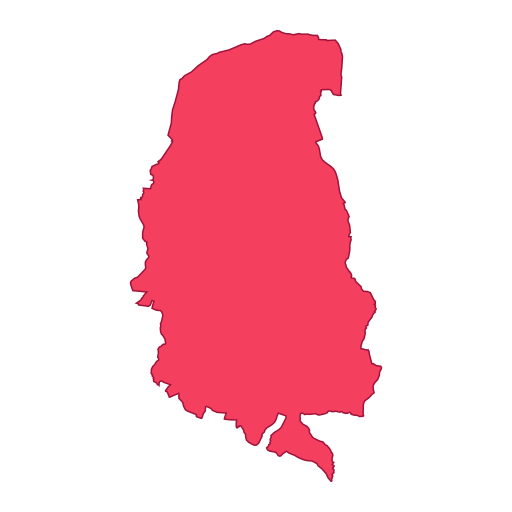 Cizer, Salaj, Romania
{"feature_id": "2599482B34424021815229", "entity_name": "Cizer", "entity_type": "district", "adm_level": 2, "iso_a3": "ROU", "parent_name": "Romania", "parent_adm1": "Salaj", "projection": "albers", "projection_center": [22.865, 47.034], "detail": "fine", "context": "isolated", "style": "filled", "palette": "rose", "viewbox_px": 512, "rotation_deg": 0, "n_neighbors": 0, "source": "geoboundaries", "source_scale": "gbopen_adm2", "svg_char_len": 6064}
<svg xmlns="http://www.w3.org/2000/svg" viewBox="0 0 512 512"><path d="M333.7,462.4L332.7,462.2L332.0,460.1L332.1,458.2L332.9,455.3L332.3,453.2L331.3,452.3L330.3,449.6L328.6,447.5L327.0,445.6L325.2,444.7L323.0,442.0L319.5,441.0L313.7,438.2L312.3,436.9L309.5,432.5L309.3,431.6L309.6,430.4L308.6,428.2L307.1,426.5L302.9,424.2L300.0,420.8L300.3,419.3L300.0,416.0L300.8,413.2L302.8,413.3L304.9,414.6L307.2,414.0L309.0,414.4L315.7,413.7L317.7,414.8L319.4,415.0L325.4,413.6L327.1,412.8L328.1,411.3L329.6,410.9L332.3,411.7L335.9,411.2L339.9,412.2L341.7,411.5L343.0,412.7L345.3,413.3L347.3,413.2L349.5,412.4L350.3,412.6L351.1,414.1L351.9,414.5L354.8,415.3L356.1,415.1L357.7,415.5L359.3,416.5L363.0,416.3L363.6,415.6L363.3,415.0L363.1,412.4L363.4,404.5L364.2,401.7L365.0,400.7L369.1,397.6L372.1,394.3L374.1,392.8L373.2,388.8L373.1,385.6L374.8,382.7L377.5,379.7L378.2,378.3L379.4,375.2L379.6,372.1L381.2,369.0L381.5,367.6L380.8,366.3L376.2,365.6L373.2,363.6L371.9,363.9L369.5,354.8L369.0,351.5L368.1,349.8L367.2,350.1L360.9,348.5L361.0,346.1L362.2,341.5L363.9,339.0L364.6,336.5L365.3,332.6L365.0,331.8L365.2,329.3L366.5,328.0L366.0,327.2L365.9,326.1L367.8,325.3L368.0,323.1L368.4,321.8L371.7,317.5L373.1,314.1L375.2,312.0L374.5,311.5L376.0,309.4L376.1,308.5L375.0,307.2L375.5,305.7L374.3,304.3L375.3,303.9L375.3,301.4L373.7,299.6L370.3,292.6L366.9,291.4L363.4,291.3L361.4,288.6L361.1,286.7L355.6,281.3L355.1,279.1L354.2,278.3L351.8,278.1L351.0,277.3L351.6,276.2L351.6,275.1L351.1,273.8L350.1,272.0L349.1,271.6L348.9,270.8L346.2,266.9L346.0,265.2L345.4,263.9L345.3,261.7L346.5,259.3L348.3,258.0L349.6,251.5L349.9,248.8L349.8,245.5L350.2,242.7L351.1,239.8L350.8,237.7L351.1,236.7L348.7,236.6L348.6,236.1L349.2,234.5L350.4,232.6L349.7,225.5L348.1,221.4L348.0,219.3L349.1,216.5L346.5,210.5L345.0,209.2L344.1,204.9L343.3,203.4L345.2,202.6L344.8,201.7L341.7,198.1L341.0,196.2L339.4,190.4L337.8,179.8L335.8,173.1L334.0,169.4L330.8,166.4L325.3,162.5L322.2,159.7L320.6,156.4L319.4,149.2L318.4,146.0L315.6,142.3L315.8,141.8L322.4,139.2L322.0,136.9L314.1,114.3L315.5,113.4L315.8,112.7L315.2,111.4L314.0,110.1L313.8,108.1L313.8,105.5L314.2,105.2L314.6,103.8L315.1,103.5L315.5,101.8L316.3,101.7L318.6,99.7L319.3,98.5L319.5,96.5L320.9,95.6L320.6,92.2L321.2,91.8L321.4,91.2L320.9,90.4L321.7,89.7L329.3,89.5L331.4,90.5L331.5,91.4L333.5,94.5L339.1,95.5L341.1,95.2L340.5,93.5L341.7,77.1L340.9,74.6L341.8,67.6L342.5,56.5L341.8,53.2L340.9,51.6L340.9,49.5L338.1,43.4L335.2,40.1L326.6,40.5L326.5,39.9L325.9,39.8L319.6,39.6L318.6,39.4L318.6,37.7L317.4,35.4L313.6,35.4L309.7,34.8L308.1,34.1L302.0,34.2L298.7,33.6L293.3,34.8L288.9,33.7L287.7,33.9L284.3,33.3L280.7,31.9L279.7,31.0L276.9,30.7L273.2,32.0L269.7,35.4L266.9,36.4L264.2,38.4L255.5,41.3L250.0,44.2L246.3,44.3L244.9,43.7L241.0,44.8L229.0,49.9L218.9,52.4L217.4,53.4L212.6,54.5L210.8,55.6L208.6,57.5L207.4,59.3L198.2,65.7L191.4,72.0L185.1,75.4L183.6,76.6L182.1,78.5L180.0,79.6L179.2,82.0L178.4,89.7L175.2,101.6L172.5,109.9L171.7,116.4L171.3,123.2L168.0,135.2L172.5,139.9L171.5,141.0L172.6,141.7L170.4,145.6L162.0,158.1L160.6,160.0L160.3,159.9L160.0,160.5L159.2,160.7L158.0,161.8L159.0,162.6L158.1,164.2L156.7,164.2L152.0,166.5L151.0,169.6L150.2,170.2L150.7,174.3L153.0,175.4L153.4,176.7L153.1,179.9L151.7,180.2L153.3,180.7L153.8,181.3L153.6,183.4L151.8,184.5L151.2,185.6L150.6,188.7L143.3,188.3L143.7,189.2L143.2,191.4L143.7,191.9L143.7,193.3L142.6,194.5L142.6,196.3L141.7,197.4L140.8,197.5L140.7,198.4L141.2,198.4L141.0,199.6L137.6,199.8L138.7,204.5L138.8,207.1L138.4,211.0L139.1,216.2L140.1,218.8L143.4,224.5L144.0,226.3L144.0,227.3L142.7,232.0L142.6,238.2L145.0,241.3L146.8,242.0L146.6,244.3L148.0,248.8L147.1,251.4L146.8,253.1L148.6,255.9L148.9,256.9L148.3,257.9L146.7,259.5L145.4,261.9L145.3,264.3L145.7,267.5L145.3,269.1L137.6,277.2L134.5,278.3L131.3,281.0L130.7,281.9L130.5,282.9L130.8,284.7L132.8,290.6L146.7,292.0L143.3,296.0L142.8,297.6L141.7,298.2L141.0,299.9L136.4,303.2L137.9,303.5L138.7,305.0L148.4,306.3L150.2,305.2L152.0,300.5L154.0,301.3L153.3,302.9L152.0,308.3L156.4,310.2L160.4,310.6L161.4,311.5L162.7,314.3L162.8,315.7L161.5,321.5L160.4,323.8L160.8,324.6L160.6,326.2L160.9,326.7L160.3,327.7L160.5,331.1L161.4,334.1L162.8,335.4L165.0,339.2L165.6,343.4L165.2,344.2L163.2,344.2L160.7,346.5L159.4,347.0L157.9,349.3L158.3,350.9L158.4,353.5L157.6,357.1L158.5,358.0L158.6,360.1L156.5,361.5L154.5,364.8L152.7,366.5L151.4,369.3L151.2,373.4L151.9,373.7L151.9,374.7L152.6,375.5L152.3,376.2L153.8,377.7L153.2,378.8L153.7,379.3L153.5,380.6L153.8,381.5L156.8,383.1L157.4,384.7L158.7,384.9L159.0,385.3L159.2,382.4L159.6,381.6L161.5,380.8L163.7,382.3L170.5,384.7L168.2,386.9L165.6,390.5L165.7,391.3L167.2,391.8L169.6,397.8L169.6,397.4L170.1,397.0L178.7,393.3L179.1,394.4L178.8,395.9L178.9,398.4L182.7,402.3L183.5,406.0L185.4,409.8L187.5,411.1L196.1,414.5L196.5,414.9L196.2,416.0L196.8,416.8L201.1,418.3L201.9,418.1L203.3,413.7L205.2,411.1L205.6,406.9L206.5,406.4L210.9,408.4L212.4,410.3L217.2,412.4L226.2,413.0L224.4,418.4L224.4,419.1L229.8,419.8L236.5,419.9L236.2,423.4L236.2,426.3L236.6,427.7L237.1,427.9L238.3,426.2L238.8,426.3L238.9,426.8L240.2,425.8L241.3,426.4L243.5,430.0L244.1,432.6L245.4,433.9L245.8,437.7L246.5,440.1L249.1,442.6L253.6,444.9L255.0,445.3L256.6,445.0L258.8,443.0L262.1,436.1L262.0,434.8L262.3,433.9L264.5,431.8L265.0,429.9L266.8,427.9L272.2,424.5L274.8,421.9L276.2,419.2L277.1,415.9L278.3,413.2L285.7,415.7L286.0,416.2L286.0,418.0L281.3,427.3L278.6,429.9L274.3,432.4L270.9,435.7L271.3,437.0L270.2,439.3L270.1,439.9L270.7,440.7L269.9,442.3L270.2,443.8L268.7,444.7L268.5,446.2L266.5,447.9L267.6,449.9L269.7,451.1L275.2,452.1L276.8,453.4L278.2,455.6L279.8,456.2L280.9,455.8L282.9,453.7L286.5,451.2L289.0,453.1L294.5,455.3L298.4,457.6L303.4,459.7L307.0,460.6L312.1,461.0L316.9,463.6L318.1,465.8L321.9,468.8L326.0,473.5L328.2,478.0L331.1,481.3L331.8,480.9L331.7,479.3L332.8,475.9L331.9,474.7L332.7,473.6L333.5,473.4L333.9,472.6L333.6,472.0L334.0,470.5L333.7,469.4L332.9,469.1L332.7,468.4L333.2,467.7L333.1,467.1L333.8,466.8L334.1,465.7L332.2,464.5L333.7,462.4Z" fill="#f43f5e" stroke="#9f1239" stroke-width="1.5"/></svg>